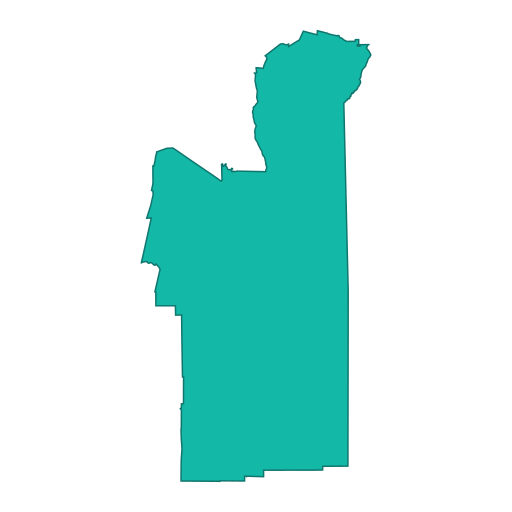 the district of General Pedernera, San Luis, Argentina
{"feature_id": "61730980B72595291642381", "entity_name": "General Pedernera", "entity_type": "district", "adm_level": 2, "iso_a3": "ARG", "parent_name": "Argentina", "parent_adm1": "San Luis", "projection": "equal_earth", "projection_center": [-65.599, -33.81], "detail": "fine", "context": "isolated", "style": "filled", "palette": "teal", "viewbox_px": 512, "rotation_deg": 0, "n_neighbors": 0, "source": "geoboundaries", "source_scale": "gbopen_adm2", "svg_char_len": 5688}
<svg xmlns="http://www.w3.org/2000/svg" viewBox="0 0 512 512"><path d="M347.9,466.1L348.2,291.6L343.8,102.9L344.0,102.7L344.3,102.6L344.5,102.5L344.9,102.1L345.0,102.0L345.2,101.8L345.4,101.4L345.8,101.1L346.0,101.0L346.0,100.9L346.2,100.7L346.3,100.5L346.4,100.4L346.9,100.2L347.1,100.1L347.4,99.5L347.6,99.3L347.6,99.0L347.9,99.0L348.0,99.1L348.3,98.8L348.3,98.6L349.0,98.5L349.6,98.5L349.6,98.2L349.8,97.7L349.8,97.3L349.9,97.1L350.1,96.7L350.3,96.5L350.3,96.4L350.7,96.4L350.8,96.3L350.7,96.1L350.7,95.4L351.1,95.1L351.1,94.7L351.3,94.6L351.7,94.2L351.8,94.0L351.8,93.5L351.8,93.3L352.1,93.1L352.1,92.8L352.4,92.6L352.6,92.6L352.9,93.2L353.0,93.2L353.4,92.9L354.0,92.1L354.2,91.6L354.5,91.3L354.6,91.2L354.5,90.8L354.5,90.6L355.1,90.6L355.6,90.5L355.7,90.2L356.1,89.8L356.3,89.7L356.4,89.8L356.6,89.8L356.9,89.2L357.0,89.0L357.3,88.8L357.5,88.5L357.5,88.3L357.6,88.0L357.6,87.8L357.8,87.1L358.4,86.6L358.5,86.4L358.8,86.2L359.3,85.0L359.4,84.9L359.5,84.6L359.7,84.4L359.9,83.9L360.2,83.3L360.4,83.1L360.5,82.8L360.5,82.1L360.5,81.5L360.3,81.0L360.2,80.5L359.5,79.4L359.5,79.0L360.0,78.4L360.3,78.0L360.8,76.8L360.9,76.2L360.9,75.5L361.0,75.0L361.1,74.5L361.2,73.6L361.4,72.8L361.6,72.1L361.7,71.4L362.1,70.7L362.3,69.8L362.8,69.1L363.2,68.8L363.7,68.1L364.3,67.6L364.7,67.0L365.2,66.7L365.5,66.2L366.0,64.9L366.1,64.2L366.4,63.6L367.1,62.1L367.5,61.0L367.6,60.5L367.7,60.0L368.0,59.4L368.4,58.7L368.8,57.9L369.1,57.7L369.6,57.3L370.6,55.4L370.8,54.8L370.1,53.3L369.8,52.9L369.7,52.6L369.3,52.0L369.2,51.5L368.4,50.5L367.3,49.2L366.7,48.4L366.6,47.4L367.3,46.4L367.7,45.4L368.3,44.8L368.5,44.6L359.9,44.7L359.9,46.1L357.4,46.1L357.4,44.7L358.7,44.7L358.7,39.6L355.4,39.6L355.1,41.3L346.9,41.4L345.9,41.0L345.4,40.6L345.0,40.5L344.7,40.5L344.5,40.4L344.3,40.3L344.2,40.1L343.2,39.4L341.9,38.2L341.4,38.0L341.1,37.9L340.3,37.8L340.0,37.7L339.7,37.5L339.6,37.3L339.1,35.9L338.9,35.7L338.7,35.6L337.9,35.5L337.5,35.6L336.9,35.8L336.7,35.8L334.3,35.2L333.0,35.0L328.3,33.8L327.7,33.3L325.5,32.8L324.4,32.5L323.8,32.3L320.6,31.5L317.4,30.7L317.1,34.8L303.3,31.2L299.8,39.0L299.5,39.8L299.2,40.0L288.6,46.5L288.6,44.1L287.9,44.4L287.3,44.6L286.1,44.8L285.8,44.8L285.1,44.6L283.6,43.9L283.3,43.8L282.8,43.8L281.0,43.9L280.4,44.1L279.8,44.5L265.2,55.8L266.7,57.3L266.9,59.0L265.7,61.2L264.2,64.9L263.1,68.4L257.0,67.7L256.1,67.8L256.6,72.9L254.5,73.1L255.0,73.8L255.2,74.0L255.4,74.5L255.4,74.9L255.5,75.4L255.1,80.3L255.1,81.1L255.2,81.5L256.5,88.4L256.7,88.9L257.2,90.4L257.3,90.8L257.3,91.3L256.8,96.6L256.7,97.2L256.8,97.7L256.9,98.1L257.7,101.2L257.7,101.7L257.7,102.1L257.6,102.4L257.5,102.6L257.3,102.9L256.2,104.1L255.9,104.4L255.7,104.8L255.4,105.4L255.2,105.7L254.9,106.1L253.8,106.8L253.6,107.0L253.4,107.3L253.3,107.6L253.3,108.0L253.3,108.3L253.4,109.0L253.4,109.4L253.2,109.9L253.0,110.3L252.9,110.6L252.6,112.3L252.6,112.6L252.7,113.0L253.1,114.3L253.2,114.8L253.3,115.2L253.2,115.7L253.2,117.1L253.3,117.3L253.3,117.6L253.6,118.1L253.7,118.4L254.4,122.1L254.4,122.3L254.5,122.7L254.6,123.0L256.0,125.2L256.1,125.5L256.2,125.9L256.1,126.4L256.0,126.5L255.0,129.7L254.9,130.2L254.8,131.9L254.7,132.3L254.8,132.6L255.1,133.7L255.1,134.0L255.1,137.2L255.1,137.9L255.3,138.7L255.5,139.2L255.7,139.7L257.5,142.4L257.6,142.9L257.8,143.4L257.9,143.9L260.7,149.4L260.9,149.7L261.5,150.4L261.7,150.8L261.9,151.2L262.5,154.3L262.6,154.6L262.8,155.1L263.0,155.5L263.2,155.8L263.5,156.0L263.9,156.4L264.1,156.7L264.5,157.2L265.1,159.4L265.2,160.0L265.3,160.8L265.4,161.2L265.5,161.5L265.7,162.0L265.8,162.3L265.8,162.6L265.8,162.8L265.7,163.6L265.7,163.9L265.8,164.2L265.9,164.5L266.0,164.8L266.1,165.0L266.2,165.3L266.7,167.3L266.8,167.6L266.7,168.1L266.6,168.5L266.3,169.1L266.1,169.5L265.8,170.2L265.7,170.9L265.7,171.3L265.7,171.7L237.2,171.1L235.9,171.4L234.4,171.7L234.2,171.5L233.9,171.3L233.7,171.2L233.4,171.3L233.2,171.3L232.1,171.8L231.9,171.6L231.7,171.4L231.5,171.1L231.5,170.7L231.6,170.3L232.2,169.2L232.3,169.0L232.4,168.9L232.5,168.6L232.3,168.5L232.2,168.4L231.9,168.4L231.7,168.4L231.7,168.5L231.1,169.3L230.8,169.5L230.6,169.6L228.5,169.7L228.2,169.6L227.9,169.5L227.7,169.2L227.0,167.5L226.9,167.3L226.8,167.1L225.9,166.3L225.7,166.1L225.7,165.8L225.7,165.6L226.0,164.9L226.1,164.4L226.1,164.2L225.9,163.9L225.7,163.9L225.5,164.0L224.9,164.7L224.6,165.2L224.5,165.3L224.2,165.5L223.9,165.6L223.7,165.7L223.5,165.9L223.3,166.4L223.1,166.4L222.9,166.4L222.7,166.3L222.6,166.1L222.5,165.9L222.7,164.1L222.5,163.9L221.9,164.1L221.5,164.4L221.6,164.7L221.7,165.0L221.6,165.4L222.0,179.2L222.3,179.4L221.3,181.2L213.4,175.7L195.0,163.2L173.4,148.3L173.2,148.2L172.7,148.0L172.3,148.0L166.9,148.3L166.5,148.4L157.3,151.7L157.0,151.8L156.8,151.8L156.6,152.8L155.7,156.3L155.3,158.8L155.1,160.5L154.6,162.6L153.9,166.0L152.9,165.9L152.9,176.0L153.0,181.8L152.8,185.3L152.6,185.4L151.5,190.4L151.7,190.6L152.9,190.8L153.1,194.1L153.0,195.5L151.7,201.1L150.9,205.0L146.7,218.2L151.3,218.0L143.5,253.3L141.2,263.4L141.8,262.4L142.8,262.1L145.5,261.6L146.3,261.6L147.1,262.0L147.8,262.8L148.3,263.1L148.9,263.2L149.5,263.1L150.3,262.7L150.9,262.6L151.2,262.6L151.7,262.9L153.9,264.9L154.3,265.1L154.7,265.2L155.3,265.1L155.7,264.8L156.0,264.4L156.1,264.1L158.8,267.0L160.1,269.3L154.9,291.8L155.8,291.8L155.9,305.8L165.6,305.8L175.4,305.8L175.6,315.1L181.6,315.0L182.1,353.9L182.5,377.0L183.6,377.0L183.5,390.2L183.5,403.8L181.4,403.8L181.4,407.7L180.3,408.8L181.4,409.7L181.3,428.8L181.0,429.0L181.3,439.1L182.0,448.8L181.2,460.3L181.0,481.0L220.0,481.3L220.0,480.8L244.6,481.0L244.6,476.2L246.3,476.2L246.6,476.6L246.9,476.4L246.9,476.2L263.6,476.7L263.6,470.2L303.8,470.1L315.7,470.1L322.6,470.0L322.7,466.3L347.9,466.1Z" fill="#14b8a6" stroke="#0f766e" stroke-width="1.5"/></svg>